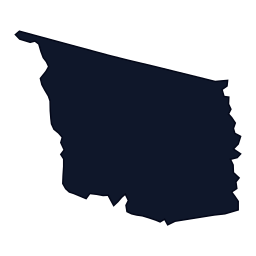 the district of Salto Veloso, Santa Catarina, Brazil
{"feature_id": "56859067B73649711727745", "entity_name": "Salto Veloso", "entity_type": "district", "adm_level": 2, "iso_a3": "BRA", "parent_name": "Brazil", "parent_adm1": "Santa Catarina", "projection": "robinson", "projection_center": [-51.433, -26.893], "detail": "fine", "context": "isolated", "style": "filled", "palette": "ink", "viewbox_px": 256, "rotation_deg": 0, "n_neighbors": 0, "source": "geoboundaries", "source_scale": "gbopen_adm2", "svg_char_len": 1159}
<svg xmlns="http://www.w3.org/2000/svg" viewBox="0 0 256 256"><path d="M15.4,34.6L19.7,39.1L25.3,40.8L30.2,42.3L34.9,41.1L38.8,44.0L41.0,51.6L43.3,57.7L46.4,61.7L48.7,66.6L46.0,71.4L40.4,78.4L41.9,84.6L44.8,90.0L48.4,96.0L50.1,101.0L50.3,110.9L50.9,118.6L51.5,123.9L54.0,129.3L58.6,133.0L62.3,137.3L60.8,142.6L64.2,149.9L60.8,154.4L63.7,158.9L63.7,166.5L63.1,175.7L62.8,183.6L65.7,188.7L69.3,192.0L73.6,193.4L80.6,196.3L86.1,198.6L89.8,193.5L96.8,194.3L103.1,195.5L108.1,195.2L111.1,200.8L113.7,205.6L118.0,201.5L121.7,197.2L125.3,194.1L128.4,200.5L126.0,205.3L127.0,211.6L131.6,213.8L136.7,215.0L142.4,215.8L149.0,217.8L155.8,220.1L160.1,221.9L164.6,219.2L167.7,224.8L175.1,221.2L214.0,215.0L224.9,213.8L238.2,209.9L238.2,201.3L234.8,196.3L231.6,192.0L236.8,188.5L235.9,181.9L239.1,177.9L233.4,172.6L233.1,164.9L230.4,159.3L237.2,157.6L240.6,153.9L233.4,149.0L238.2,144.0L240.6,136.4L234.8,133.3L233.4,128.4L235.3,123.0L231.7,117.6L228.5,114.0L230.9,109.2L228.5,104.1L228.8,97.1L224.0,96.5L222.0,89.5L227.0,86.0L227.6,80.4L220.6,81.0L215.2,81.5L155.0,66.6L128.4,60.3L108.1,55.2L19.4,31.2L15.4,34.6Z" fill="#0f172a" stroke="#020617" stroke-width="1.5"/></svg>